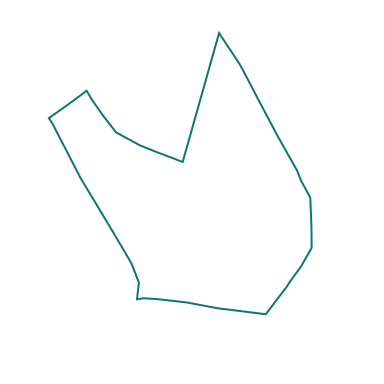 outline of Al-Aguza, Al Jizah, Egypt, rotated 160°
{"feature_id": "37247803B56780050438943", "entity_name": "Al-Aguza", "entity_type": "district", "adm_level": 2, "iso_a3": "EGY", "parent_name": "Egypt", "parent_adm1": "Al Jizah", "projection": "equal_earth", "projection_center": [31.205, 30.06], "detail": "fine", "context": "isolated", "style": "outline", "palette": "teal", "viewbox_px": 384, "rotation_deg": 160, "n_neighbors": 0, "source": "geoboundaries", "source_scale": "gbopen_adm2", "svg_char_len": 792}
<svg xmlns="http://www.w3.org/2000/svg" viewBox="0 0 384 384"><g transform="rotate(160 192 192)"><path d="M280.4,110.0L277.5,109.4L273.7,108.7L261.1,103.1L256.0,100.6L234.9,90.1L218.5,80.4L207.7,74.0L164.5,51.9L152.5,59.6L134.7,71.0L131.4,73.7L125.2,77.9L114.9,84.8L98.6,98.7L91.6,118.7L89.4,125.5L82.8,146.2L85.6,165.2L85.9,174.6L86.0,176.5L92.2,214.3L92.7,217.3L93.1,220.2L95.1,234.6L97.8,254.1L102.4,288.8L103.6,296.4L107.2,311.3L109.5,320.8L112.2,332.1L148.1,282.2L190.5,223.4L199.8,231.5L211.9,241.9L225.0,253.6L239.1,269.6L242.9,273.9L249.3,293.7L254.1,311.4L256.4,323.2L264.2,320.8L282.1,315.6L297.6,311.4L301.2,310.4L299.8,304.5L291.9,242.9L285.8,211.8L280.8,185.9L279.9,181.4L273.3,145.6L272.9,124.9L274.4,122.0L280.4,110.0Z" fill="none" stroke="#0f766e" stroke-width="2"/></g></svg>